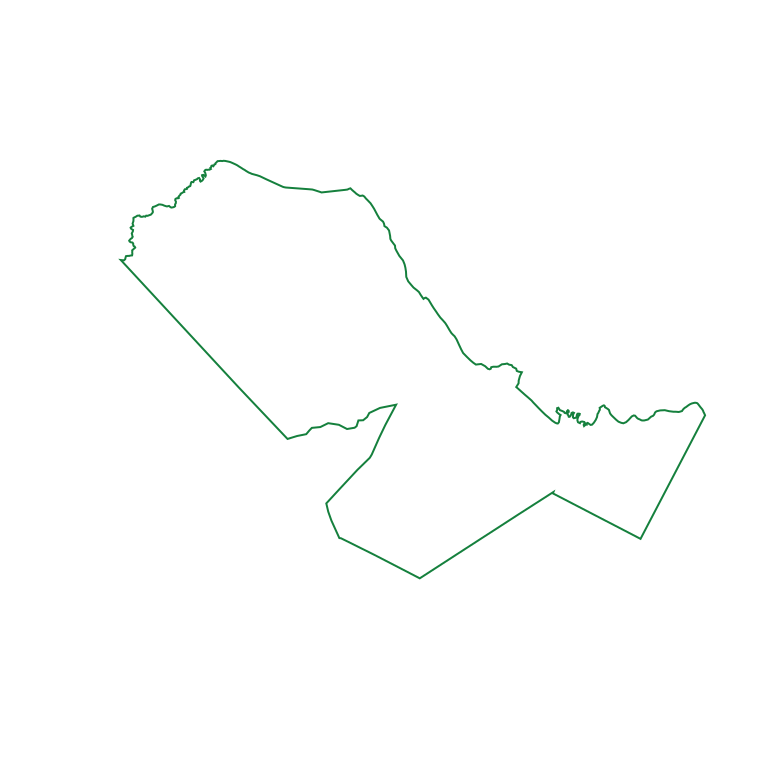 outline of Rukh Kiri, Batdâmbâng, Cambodia, rotated 208°
{"feature_id": "14789045B86646715992197", "entity_name": "Rukh Kiri", "entity_type": "district", "adm_level": 2, "iso_a3": "KHM", "parent_name": "Cambodia", "parent_adm1": "Batdâmbâng", "projection": "natural_earth1", "projection_center": [103.457, 12.595], "detail": "fine", "context": "isolated", "style": "outline", "palette": "green", "viewbox_px": 768, "rotation_deg": 208, "n_neighbors": 0, "source": "geoboundaries", "source_scale": "gbopen_adm2", "svg_char_len": 5684}
<svg xmlns="http://www.w3.org/2000/svg" viewBox="0 0 768 768"><g transform="rotate(208 384 384)"><path d="M183.5,366.7L135.1,367.2L125.0,367.3L84.8,367.7L85.8,507.1L87.2,508.2L88.0,508.8L88.8,509.3L89.6,510.1L91.0,511.0L92.2,511.5L93.7,512.1L94.8,512.6L96.5,513.4L97.2,513.7L98.3,514.1L99.2,514.0L100.6,513.5L101.8,512.5L103.2,511.2L104.3,509.8L105.2,508.2L106.5,505.4L107.2,504.3L107.7,503.0L108.0,501.9L108.2,500.0L109.2,499.0L110.1,498.1L111.1,497.4L112.5,496.9L115.4,495.4L119.6,493.8L123.8,492.7L127.8,490.3L130.6,487.8L131.3,486.1L131.1,483.8L131.5,482.2L132.8,480.6L134.3,476.5L137.1,474.0L138.9,473.0L139.7,472.8L141.5,472.8L143.3,472.6L144.6,472.8L147.4,473.9L148.7,473.5L150.0,471.7L151.2,467.1L152.3,464.0L154.2,461.7L156.3,461.1L159.3,460.8L162.2,461.4L166.1,462.5L168.5,463.2L170.5,464.1L171.8,465.3L173.2,466.7L174.6,467.0L176.9,467.2L177.9,467.2L178.8,468.2L179.8,468.4L180.6,467.5L181.2,466.4L182.4,464.2L181.8,463.5L181.3,462.4L181.4,461.0L181.2,459.1L181.4,457.8L180.4,454.8L180.2,451.8L180.5,448.4L181.2,445.8L182.3,444.9L183.9,445.0L185.9,445.3L186.5,444.5L185.9,443.3L186.7,442.9L187.2,441.9L187.6,440.8L188.5,441.6L188.6,442.6L188.3,443.9L189.3,444.5L191.5,443.9L192.7,442.8L192.6,441.4L194.7,441.3L196.1,442.6L196.8,444.1L197.2,447.4L196.8,448.4L197.1,449.5L197.9,449.4L199.2,448.6L199.2,447.5L198.4,444.7L200.3,442.9L201.4,443.2L202.1,444.5L202.7,445.7L202.7,447.7L203.9,447.6L204.8,446.5L204.4,444.9L204.4,443.1L204.7,442.2L205.5,441.8L206.7,443.0L207.6,443.2L208.4,445.4L207.8,446.2L208.5,447.1L209.3,447.2L209.7,445.8L209.2,445.0L209.4,443.9L210.1,443.4L211.0,443.3L211.6,443.8L212.4,443.9L214.3,443.8L216.4,443.5L218.9,444.9L219.8,443.9L219.2,443.0L218.9,442.1L218.9,440.7L217.8,440.2L216.3,439.9L215.1,439.6L213.5,439.5L213.5,437.8L212.7,435.7L212.0,433.5L211.6,432.3L212.0,430.7L213.2,430.3L214.7,430.2L216.6,430.4L218.4,430.6L222.7,431.7L227.1,432.6L231.6,433.9L236.4,435.4L240.0,436.6L243.4,437.7L246.0,438.7L251.5,440.0L254.7,440.7L259.6,441.9L264.5,443.1L265.8,443.4L265.5,447.8L266.7,450.3L267.7,454.9L267.8,459.1L270.8,458.1L272.9,457.9L274.5,459.6L278.2,459.5L280.1,460.6L282.7,459.8L284.9,459.9L286.5,458.5L289.2,456.7L290.0,455.2L291.1,453.2L292.8,452.0L295.7,450.5L297.2,449.2L296.9,447.6L297.6,446.6L299.4,446.2L303.0,447.2L307.6,447.3L312.0,444.3L315.2,444.7L318.9,445.5L323.7,446.9L328.7,448.5L332.1,450.8L335.7,453.5L340.8,457.4L344.1,459.3L346.3,459.9L348.4,460.6L351.4,462.3L355.9,465.1L358.6,466.6L362.3,468.0L365.5,469.1L369.2,470.9L371.8,472.3L375.7,474.3L378.7,476.0L384.3,479.4L387.6,479.9L388.6,478.8L389.1,477.7L390.8,478.5L393.8,480.1L396.3,481.6L398.8,482.2L403.2,483.0L406.6,484.3L410.8,486.0L414.6,489.0L417.3,493.5L419.7,496.7L422.0,499.3L425.2,502.0L430.6,504.3L435.6,507.5L437.8,509.1L439.3,511.4L441.3,512.3L445.1,514.1L446.5,515.1L448.1,517.6L451.6,521.9L454.8,523.4L457.7,523.6L459.2,525.5L461.0,526.9L464.9,527.7L465.8,528.0L467.0,528.8L469.0,530.0L472.1,532.1L474.9,534.0L477.5,535.5L480.8,537.3L482.1,537.7L484.5,538.5L487.1,539.3L489.4,540.3L491.3,540.4L492.6,539.4L493.7,538.7L495.7,538.8L497.8,539.0L499.6,539.5L501.5,539.9L503.6,540.4L505.5,541.0L506.4,540.1L507.6,538.5L508.3,538.0L509.7,537.0L529.1,523.8L530.5,523.6L536.6,522.5L538.5,522.1L541.1,521.0L562.9,511.4L564.8,510.8L565.9,510.6L584.0,509.5L591.1,509.2L594.1,508.7L599.3,507.5L601.0,507.4L602.8,507.2L606.1,507.4L607.6,507.6L609.4,507.6L611.2,507.8L612.7,507.9L614.3,508.0L616.1,508.2L617.9,508.2L621.3,508.0L623.9,507.8L625.5,507.4L626.9,507.0L629.3,506.3L630.5,505.7L631.5,504.9L633.0,504.3L634.5,503.3L635.6,502.6L636.0,501.1L636.4,499.8L636.1,498.9L636.8,498.3L636.9,496.2L638.3,496.3L638.8,495.4L638.4,494.4L638.8,493.2L637.8,492.6L638.6,491.4L639.8,490.7L640.7,490.0L641.7,489.7L642.3,488.9L642.5,487.4L641.0,486.5L639.3,484.7L639.1,483.4L641.0,483.8L641.8,483.8L642.7,482.9L642.1,482.2L639.8,480.9L639.8,479.1L640.2,477.8L641.0,476.6L641.9,477.0L642.5,478.3L644.0,479.1L645.0,478.1L645.2,477.2L646.2,475.9L647.3,474.7L647.1,472.7L648.0,472.3L648.8,472.0L648.8,470.8L648.2,468.9L648.0,467.8L648.9,466.8L649.2,465.8L650.1,464.7L649.6,463.8L650.5,462.9L651.3,462.4L651.4,460.8L650.5,459.8L651.4,459.0L652.2,457.5L652.9,456.6L652.6,455.7L653.1,454.2L653.3,452.6L652.5,452.0L653.1,451.2L654.0,450.9L655.0,449.6L654.7,448.3L653.3,447.3L652.7,445.8L652.8,444.5L651.9,442.9L652.3,442.0L653.3,440.9L654.7,439.9L656.1,440.0L657.4,440.3L659.0,438.9L660.2,438.6L662.0,438.3L663.7,438.2L665.8,437.5L667.1,436.8L668.4,434.9L669.7,433.2L671.1,431.8L671.0,429.9L670.1,429.0L669.5,428.3L668.8,427.4L668.8,426.2L669.4,424.0L670.1,423.3L671.7,421.5L673.0,421.0L673.3,419.7L674.8,419.3L675.5,418.5L676.5,417.8L677.7,417.4L679.0,418.0L680.1,417.2L680.8,416.8L681.8,415.0L682.8,413.7L683.2,412.9L682.4,411.6L681.7,410.1L681.3,407.6L679.5,406.0L680.8,404.1L681.1,403.0L680.2,402.4L679.0,402.2L677.9,402.2L677.4,400.8L677.4,398.5L676.3,397.4L675.7,396.5L675.0,396.0L675.1,394.4L675.8,393.3L676.3,391.0L675.6,390.4L674.3,390.2L672.5,390.8L671.4,390.3L670.8,389.2L669.8,388.3L668.7,388.3L667.7,387.6L668.2,386.3L669.1,383.8L668.4,382.7L668.0,381.8L667.3,380.8L666.8,379.3L668.4,378.2L669.2,377.4L670.1,377.0L671.8,375.8L671.7,374.9L671.4,373.7L671.1,372.7L671.6,371.2L672.3,370.8L674.6,369.9L511.0,312.9L443.4,290.2L436.3,297.3L429.1,303.2L428.1,307.9L427.1,311.4L420.0,316.1L414.9,323.2L404.7,326.8L395.5,326.9L389.4,331.6L388.4,333.9L389.5,339.8L385.4,342.2L383.4,346.9L383.4,351.5L376.3,361.0L363.6,371.4L363.6,348.5L363.0,334.0L361.7,316.0L361.9,312.2L367.2,295.6L373.5,272.0L378.9,251.5L373.3,245.1L366.3,238.7L351.1,227.0L349.6,227.6L312.7,228.6L261.2,229.2L234.3,277.6L203.7,332.6L183.7,368.2L183.5,366.7Z" fill="none" stroke="#15803d" stroke-width="2"/></g></svg>